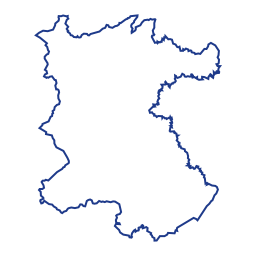 outline of Dak Glong, Đắk Nông, Vietnam
{"feature_id": "81297802B52664178073196", "entity_name": "Dak Glong", "entity_type": "district", "adm_level": 2, "iso_a3": "VNM", "parent_name": "Vietnam", "parent_adm1": "Đắk Nông", "projection": "mercator", "projection_center": [107.93, 12.03], "detail": "fine", "context": "isolated", "style": "outline", "palette": "blue", "viewbox_px": 256, "rotation_deg": 0, "n_neighbors": 0, "source": "geoboundaries", "source_scale": "gbopen_adm2", "svg_char_len": 5730}
<svg xmlns="http://www.w3.org/2000/svg" viewBox="0 0 256 256"><path d="M120.1,232.4L123.3,234.6L128.9,235.6L129.5,237.3L131.5,237.6L132.0,236.9L131.4,235.9L132.1,233.2L133.9,230.6L135.1,229.8L135.5,231.7L136.9,230.7L138.5,230.5L138.9,229.6L138.5,228.0L139.2,227.4L141.0,227.4L141.6,225.5L142.5,225.1L143.2,225.8L143.0,228.2L146.3,227.1L147.6,228.1L147.2,231.0L151.1,233.1L150.7,234.4L152.0,235.5L152.3,236.9L154.4,238.1L154.5,240.6L156.7,240.5L159.9,236.1L164.6,236.1L167.2,234.6L168.0,232.9L174.6,233.3L175.6,230.4L177.1,230.8L176.7,229.5L177.2,227.7L193.6,217.9L196.2,219.0L197.5,220.3L206.8,206.1L209.3,203.8L211.4,200.9L212.4,200.4L214.5,195.3L216.3,193.5L217.9,189.6L216.9,187.0L215.3,185.9L212.0,185.5L208.8,183.9L207.4,184.5L207.9,183.6L207.0,182.9L205.5,183.7L204.8,178.1L203.9,177.4L204.5,175.2L201.9,174.2L202.3,172.5L200.8,171.8L200.9,170.8L199.8,170.8L200.2,168.9L199.4,169.1L197.7,167.5L198.2,166.5L196.5,166.0L195.1,168.5L194.1,168.9L192.7,167.3L190.7,168.0L190.5,166.7L189.6,167.6L189.2,167.1L190.1,165.9L187.4,165.5L188.8,164.6L187.9,163.7L189.1,163.3L188.5,161.1L189.3,159.9L187.9,158.1L188.1,156.1L187.2,152.8L185.0,151.2L184.7,149.3L181.2,148.2L180.6,146.4L179.2,146.6L179.4,144.4L178.7,145.1L178.4,144.7L179.1,142.8L176.7,140.4L177.5,138.8L176.8,136.4L178.0,135.5L176.6,135.4L176.4,133.6L174.4,133.0L174.1,132.4L174.8,132.2L174.1,131.3L170.3,131.6L169.7,130.9L170.4,127.5L170.9,126.9L171.9,127.3L171.7,126.5L170.5,125.8L171.7,125.3L170.4,122.8L171.0,122.6L171.9,123.2L172.2,122.9L171.8,121.0L170.7,119.8L170.8,118.8L171.9,118.9L171.6,117.6L170.7,118.0L170.2,116.9L169.7,118.3L168.8,117.8L166.7,119.0L166.0,118.1L165.0,118.4L163.6,117.1L162.8,117.1L162.3,117.9L162.1,116.2L158.2,116.0L156.7,117.0L155.8,115.8L154.1,115.6L154.4,114.2L152.7,113.5L152.0,112.3L150.0,112.8L149.2,110.3L152.7,106.9L154.8,106.6L153.4,105.2L153.3,104.4L155.6,104.8L157.4,103.5L157.8,104.6L158.6,104.3L158.4,102.9L157.4,101.8L158.2,99.4L159.3,98.5L158.2,96.1L159.3,94.4L158.3,93.0L159.8,91.4L158.8,91.0L159.4,90.1L161.9,90.3L161.1,89.2L162.3,88.3L162.6,86.5L161.5,84.7L165.6,84.5L166.2,83.8L165.2,82.1L165.5,81.7L167.3,84.1L168.7,84.1L168.6,86.2L169.7,87.4L169.9,86.1L171.6,83.6L172.8,83.7L173.2,82.7L174.8,82.4L175.8,81.0L174.8,78.8L175.3,78.0L175.1,75.5L176.1,76.1L176.5,77.4L177.5,77.9L180.7,76.7L182.3,73.8L184.1,74.8L184.8,76.5L186.1,76.8L187.8,76.2L190.0,76.7L191.5,75.8L191.2,74.5L191.8,74.3L193.0,75.6L192.9,77.0L192.1,77.0L192.4,77.6L194.3,77.0L195.7,78.0L197.1,77.1L197.1,78.9L199.0,79.8L202.7,79.4L202.1,78.7L202.1,76.8L204.5,77.1L208.3,78.9L208.5,76.9L210.4,74.2L211.2,74.8L210.7,76.0L213.1,77.8L213.3,77.0L212.2,76.3L214.0,74.9L213.8,72.0L215.4,73.7L216.8,73.1L215.9,72.4L216.6,71.3L217.7,71.7L218.1,73.0L219.0,72.9L219.2,71.9L218.2,70.3L218.7,68.0L220.1,66.1L217.5,66.0L216.5,64.2L218.2,63.8L218.7,63.0L219.0,59.6L217.6,57.3L218.5,55.3L218.9,50.9L215.3,45.4L210.9,42.9L208.4,44.5L208.1,46.3L206.5,49.0L204.4,48.9L200.3,53.9L198.3,53.5L195.2,54.1L194.5,52.9L191.7,52.3L191.3,50.7L190.4,50.4L188.5,51.1L188.2,49.5L185.9,48.6L184.6,49.9L183.2,49.1L183.0,50.8L180.5,50.8L179.5,46.7L178.4,47.3L177.2,47.0L175.6,44.5L173.1,43.6L172.0,39.7L170.1,39.1L168.3,39.3L165.4,36.1L165.3,37.5L164.2,37.3L163.8,40.0L162.3,38.7L161.6,41.9L160.6,41.7L159.9,42.4L158.8,42.0L158.3,42.5L157.4,41.6L157.2,43.0L156.5,42.4L154.9,42.8L151.8,36.9L152.1,35.7L153.8,35.3L154.3,34.6L153.4,33.5L152.8,30.5L154.3,27.7L154.3,23.0L155.4,19.5L155.0,19.2L152.1,19.6L150.5,18.9L148.7,20.1L147.7,19.7L144.3,20.2L142.0,22.5L140.3,25.3L135.7,27.2L135.8,29.1L135.3,30.4L131.7,32.8L131.6,31.5L132.6,28.6L131.3,26.9L131.2,25.6L131.7,24.3L134.0,22.3L134.1,21.1L137.3,16.9L137.5,15.4L130.5,16.2L129.5,17.7L127.7,18.1L127.5,18.8L125.7,19.4L120.8,23.0L119.4,22.9L119.2,24.3L117.3,25.7L115.1,26.2L112.5,27.8L109.1,27.0L108.3,25.3L106.6,24.9L105.2,27.8L102.7,28.7L99.5,31.5L90.6,34.0L89.0,35.4L88.0,35.2L87.0,33.9L83.8,33.7L81.7,35.1L80.7,37.2L79.6,37.5L78.3,37.3L77.5,36.2L76.5,37.3L73.8,37.0L72.4,35.5L70.7,35.2L70.0,33.4L68.0,32.1L68.3,31.2L67.6,30.9L67.8,30.4L66.7,28.9L68.2,26.8L65.4,23.6L66.8,19.8L68.3,18.7L67.6,17.5L67.7,16.0L66.5,16.3L63.1,15.5L61.2,16.2L58.7,16.1L58.5,17.4L59.0,18.8L58.6,20.7L55.3,23.5L55.1,25.4L53.1,29.6L47.7,31.2L43.1,30.7L39.2,32.7L35.9,35.3L40.0,37.7L46.9,43.3L45.5,45.2L47.2,46.9L48.0,50.1L49.0,51.5L48.2,53.9L46.7,54.5L44.7,56.7L44.7,58.6L47.5,63.1L47.7,64.6L44.9,69.8L46.5,70.9L47.1,73.4L44.9,74.5L44.0,76.4L46.5,77.8L47.0,77.3L48.4,77.7L49.8,76.7L52.0,76.3L54.6,79.9L55.8,80.1L56.5,83.1L55.3,85.6L56.2,89.4L57.6,89.3L58.6,90.2L59.1,92.4L58.2,95.3L58.4,98.5L59.9,101.3L59.1,104.2L56.9,104.9L54.7,107.1L54.2,109.9L52.6,111.1L53.1,113.2L52.3,113.7L52.1,116.0L50.6,116.8L48.6,121.4L42.5,124.0L42.3,125.3L39.5,128.1L46.2,132.1L46.0,134.1L51.9,135.4L52.7,138.0L54.3,140.3L54.4,143.5L56.4,147.3L63.4,150.9L67.4,157.8L68.8,160.9L68.9,162.3L68.6,163.2L65.3,165.3L64.5,167.0L63.3,167.3L62.2,168.9L57.0,172.1L48.3,180.5L45.7,179.8L44.6,180.7L42.7,180.7L41.8,181.6L41.6,182.0L43.5,185.3L44.0,187.8L42.4,189.0L39.7,189.0L39.0,190.0L40.7,191.8L40.9,195.6L43.3,197.7L43.4,198.7L40.5,200.0L40.2,201.0L41.3,203.4L42.6,203.1L44.3,200.8L49.0,204.1L52.2,204.6L53.7,206.4L56.4,208.0L56.9,209.3L59.7,210.4L61.1,212.5L62.2,213.1L64.0,211.6L66.3,210.9L67.8,208.7L68.9,208.1L71.3,207.5L74.9,208.1L78.5,207.3L80.3,204.4L82.0,204.5L83.5,206.1L85.2,206.3L86.8,201.0L88.3,200.0L90.1,199.5L91.8,200.4L92.8,203.3L94.4,203.7L96.7,203.3L99.1,201.0L101.5,201.9L102.8,201.5L104.8,202.1L106.6,201.3L110.7,202.2L113.1,201.4L115.1,201.6L119.3,204.2L121.1,212.0L119.8,214.0L117.1,214.8L116.2,215.6L117.0,217.7L115.9,220.0L116.1,222.1L117.2,223.0L119.4,223.2L119.8,224.2L116.0,223.9L114.9,226.0L119.1,230.0L120.1,232.4Z" fill="none" stroke="#1e3a8a" stroke-width="2"/></svg>